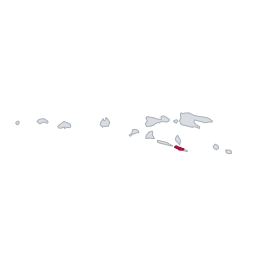 South Maewo, Penama, Vanuatu shown in context, rotated 113°
{"feature_id": "77236927B86135291775280", "entity_name": "South Maewo", "entity_type": "district", "adm_level": 2, "iso_a3": "VUT", "parent_name": "Vanuatu", "parent_adm1": "Penama", "projection": "equal_earth", "projection_center": [168.149, -15.259], "detail": "fine", "context": "in_parent", "style": "filled", "palette": "rose", "viewbox_px": 256, "rotation_deg": 113, "n_neighbors": 0, "source": "geoboundaries", "source_scale": "gbopen_adm2", "svg_char_len": 3659}
<svg xmlns="http://www.w3.org/2000/svg" viewBox="0 0 256 256"><g transform="rotate(113 128 128)"><path d="M93.0,59.0L94.5,69.7L96.4,69.7L97.3,69.1L98.3,66.6L98.8,62.7L99.7,62.1L100.9,62.5L100.4,63.8L100.8,67.0L101.7,68.7L102.3,69.0L103.5,77.3L104.0,79.0L103.9,80.4L101.4,83.4L97.6,83.3L95.0,85.2L93.3,85.1L93.3,83.0L91.9,81.3L90.3,77.8L90.6,71.5L87.7,59.8L87.7,56.8L88.7,53.0L89.6,52.8L91.0,56.0L93.0,59.0ZM109.1,100.1L110.2,100.8L110.8,100.8L111.2,102.4L114.6,105.5L115.6,105.4L116.4,107.1L117.8,108.0L118.2,109.7L119.3,111.5L117.4,113.7L113.9,113.1L111.8,115.5L110.0,114.9L109.7,113.6L109.9,113.2L108.8,109.9L108.3,104.9L107.6,102.0L106.8,100.7L105.1,101.8L104.4,102.0L102.8,99.6L103.6,94.7L104.0,93.3L105.3,93.0L107.2,94.3L109.1,100.1ZM155.1,191.6L154.0,193.2L153.0,193.0L146.8,189.4L147.1,187.9L146.8,184.2L147.5,182.1L149.2,181.3L150.5,181.7L151.4,184.7L153.2,186.0L151.9,187.0L154.2,189.3L155.1,191.6ZM133.9,146.7L136.3,151.3L137.2,151.7L135.8,155.0L132.8,155.3L129.3,154.4L130.5,153.3L129.9,152.0L128.8,151.7L127.6,152.4L127.0,152.2L127.8,150.0L129.8,147.1L130.3,146.8L130.9,146.8L131.4,147.1L133.9,146.7ZM130.3,107.9L127.6,108.2L123.7,107.2L122.2,105.8L121.5,104.4L122.8,103.3L124.8,102.9L127.2,99.6L128.0,100.9L128.9,104.5L129.8,105.6L130.4,106.6L130.3,107.9ZM158.8,210.8L157.5,214.3L155.3,213.5L153.3,211.0L152.2,208.8L153.0,204.6L154.0,203.8L155.1,204.1L155.6,208.2L158.8,210.8ZM128.3,96.0L127.9,96.1L127.5,94.6L126.2,86.7L127.1,79.6L127.6,81.1L129.6,93.5L129.4,95.5L128.3,96.0ZM133.9,122.1L134.7,122.6L134.3,124.0L131.0,122.4L128.3,123.0L127.6,123.0L126.8,121.7L126.2,119.3L126.5,117.6L127.6,116.4L128.0,116.2L128.8,117.7L129.6,118.7L130.3,119.1L132.0,121.5L133.9,122.1ZM121.1,78.8L119.5,80.2L116.5,80.1L115.4,79.3L119.0,74.7L123.3,73.8L121.1,78.8ZM113.2,40.7L112.2,42.3L109.5,41.8L108.8,41.3L109.0,38.6L109.7,37.7L111.3,36.8L113.5,38.2L113.2,40.7ZM110.9,29.2L110.5,29.5L109.9,29.2L108.5,25.3L108.9,24.0L110.7,22.8L112.3,24.9L112.4,26.1L112.4,27.2L112.2,28.1L111.1,28.4L110.9,29.2ZM127.8,75.3L127.3,77.3L126.3,75.0L125.7,65.2L126.0,64.3L126.5,64.2L127.7,71.0L127.8,75.3ZM168.3,231.5L167.5,233.2L166.2,233.2L164.6,232.0L164.9,230.4L166.7,230.2L167.3,230.3L168.3,231.5ZM104.4,88.1L104.0,88.9L101.4,86.8L102.0,84.8L104.8,85.5L104.4,88.1Z" fill="#d9dde1" stroke="#a8b0b8" stroke-width="1"/><path d="M125.4,68.8L125.5,69.0L125.6,69.3L125.7,69.6L125.7,69.9L125.7,70.0L125.8,70.1L125.8,70.3L125.9,70.5L125.9,70.8L125.9,71.0L125.9,71.3L125.8,71.5L126.0,71.7L126.0,71.8L126.0,72.0L126.0,72.3L125.9,72.3L126.0,72.4L126.1,72.5L126.0,72.8L126.0,73.0L126.0,73.3L126.0,73.5L125.9,73.5L125.9,73.8L125.9,74.0L126.0,74.0L125.9,74.1L126.0,74.3L126.0,74.5L126.1,74.8L126.1,75.0L126.1,75.3L126.1,75.5L126.3,75.6L126.2,75.7L126.3,75.7L126.3,75.8L126.2,75.8L126.3,76.0L126.4,76.3L126.4,76.5L126.5,76.6L126.4,76.6L126.5,76.8L126.4,76.8L126.5,76.9L126.4,76.9L126.2,76.9L126.2,77.0L126.3,77.0L126.5,77.1L126.7,77.3L126.8,77.3L127.0,77.4L127.2,77.2L127.2,77.3L127.3,77.3L127.3,77.2L127.4,76.9L127.4,76.7L127.5,76.4L127.6,76.2L127.6,76.3L127.6,76.2L127.6,75.9L127.6,75.7L127.4,75.7L127.4,75.4L127.5,75.4L127.5,75.2L127.6,74.9L127.6,74.7L127.4,74.6L127.3,74.4L127.2,74.3L127.2,74.2L127.3,74.1L127.3,73.9L127.3,73.7L127.2,73.7L127.3,73.6L127.5,73.4L127.4,73.4L127.4,73.2L127.3,72.9L127.3,72.7L127.4,72.4L127.4,72.2L127.5,72.1L127.5,71.9L127.4,71.8L127.5,71.7L127.4,71.7L127.4,71.4L127.3,71.2L127.2,71.0L127.2,70.9L127.3,70.9L127.3,70.7L127.3,70.4L127.2,70.3L127.0,70.2L126.9,70.1L126.8,69.9L126.8,69.7L126.8,69.4L126.7,69.3L126.7,69.2L126.7,68.9L126.6,68.7L126.1,68.7L125.8,68.7L125.6,68.7L125.4,68.7L125.4,68.8Z" fill="#f43f5e" stroke="#9f1239" stroke-width="1.5"/></g></svg>